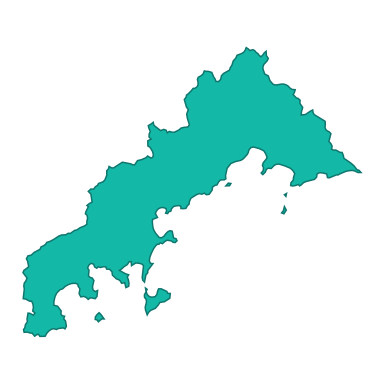 outline of Ubatuba, São Paulo, Brazil
{"feature_id": "56859067B10562260302703", "entity_name": "Ubatuba", "entity_type": "district", "adm_level": 2, "iso_a3": "BRA", "parent_name": "Brazil", "parent_adm1": "São Paulo", "projection": "natural_earth1", "projection_center": [-45.033, -23.396], "detail": "fine", "context": "isolated", "style": "filled", "palette": "teal", "viewbox_px": 384, "rotation_deg": 0, "n_neighbors": 0, "source": "geoboundaries", "source_scale": "gbopen_adm2", "svg_char_len": 5936}
<svg xmlns="http://www.w3.org/2000/svg" viewBox="0 0 384 384"><path d="M266.1,51.3L264.3,52.8L262.8,55.0L260.9,56.8L259.1,55.3L257.9,53.6L256.1,52.4L254.7,50.6L252.9,49.7L249.8,50.5L248.2,48.9L246.2,47.6L245.2,50.2L243.7,52.3L241.3,53.7L237.1,55.2L235.7,58.3L233.3,60.8L231.9,65.2L230.3,67.7L229.5,70.1L223.5,73.5L221.4,75.8L220.7,79.4L218.5,81.6L215.9,81.4L215.1,79.0L213.8,77.2L211.8,72.4L208.0,71.3L206.2,71.4L204.3,70.9L203.2,73.8L201.3,75.6L198.2,77.3L197.4,79.5L198.0,81.8L198.0,84.9L196.9,87.0L194.9,88.3L193.1,88.4L191.5,90.5L188.2,93.9L186.5,95.1L186.1,97.2L184.3,99.5L186.5,107.2L188.3,109.6L186.7,114.1L187.4,118.4L189.4,124.8L187.8,127.0L183.6,127.4L180.8,128.2L179.2,129.8L174.5,132.2L172.2,132.2L169.3,131.4L167.3,132.8L166.1,130.2L163.8,129.4L160.6,130.6L153.9,125.3L153.2,122.3L151.1,124.0L148.3,125.6L148.7,127.7L150.3,131.5L149.2,133.8L149.0,136.9L151.1,139.1L147.8,140.8L147.9,146.0L150.0,147.3L152.3,151.1L153.3,154.1L152.9,157.1L151.1,158.1L147.6,156.0L146.0,157.7L141.4,159.7L137.5,160.6L134.6,164.9L132.7,164.8L130.7,163.8L122.4,162.2L113.4,168.0L111.5,167.8L109.1,166.4L108.4,169.0L106.7,170.8L106.8,175.2L104.9,179.9L103.1,181.8L98.5,183.5L97.6,185.3L95.3,186.8L93.6,189.2L90.9,189.0L88.3,191.4L90.9,194.1L92.1,202.2L89.6,203.4L86.9,205.5L88.4,206.6L85.9,211.7L85.4,213.8L87.1,215.3L87.6,218.3L86.9,221.0L86.8,224.4L84.4,226.0L80.1,227.7L76.7,230.0L74.6,230.4L70.4,233.4L68.2,233.3L65.7,234.8L61.5,235.0L58.7,236.1L53.8,239.4L49.5,241.6L46.9,242.3L45.5,244.4L43.5,245.8L41.1,246.8L40.0,249.3L34.3,252.3L31.3,255.1L27.9,255.9L26.4,258.8L27.6,261.2L28.7,266.8L23.9,270.4L23.0,272.7L27.0,277.9L26.1,280.5L24.2,283.3L23.8,286.0L24.3,289.1L23.2,298.7L25.8,299.1L29.6,301.2L31.6,301.1L32.9,304.0L33.4,307.3L32.7,311.1L35.0,312.9L33.4,315.2L29.8,313.3L28.0,313.1L27.0,319.2L27.4,321.8L25.5,324.4L24.8,327.8L23.5,329.6L24.1,332.3L27.4,332.1L29.6,332.9L32.2,333.2L34.7,336.2L36.5,334.8L38.4,334.2L39.9,336.4L45.1,336.3L46.9,333.1L49.3,330.6L51.7,329.1L54.0,328.7L56.4,329.5L58.4,328.5L63.3,327.9L65.0,328.9L66.4,326.3L65.5,320.9L63.7,318.9L64.6,316.2L62.2,315.8L60.9,313.8L61.2,311.0L57.6,306.2L53.9,305.3L53.9,301.5L55.0,296.7L56.6,293.2L60.0,289.7L62.7,288.8L65.2,286.4L68.2,284.7L70.8,283.7L73.7,283.3L75.6,283.3L77.8,284.3L78.2,286.3L79.9,288.8L79.1,293.6L80.8,296.9L83.8,296.4L86.3,297.5L88.2,299.4L90.5,297.7L95.2,298.7L97.0,296.4L97.6,290.5L95.3,291.6L93.0,289.9L92.5,286.8L93.9,280.5L92.2,278.0L90.0,277.4L88.5,275.9L89.0,270.2L87.6,268.0L88.8,265.1L91.1,263.3L93.6,264.2L94.7,267.0L96.8,268.2L98.2,266.8L100.5,267.5L103.0,266.8L105.8,266.8L106.6,269.1L109.6,269.3L112.0,271.8L112.4,275.1L116.3,278.8L118.7,279.7L120.2,280.9L121.6,283.3L124.7,282.7L125.9,287.6L128.7,286.3L129.0,283.3L128.4,279.9L127.3,277.0L128.7,274.8L125.6,273.8L119.4,270.4L121.7,268.9L124.0,266.7L127.3,264.6L129.2,261.7L131.2,261.7L131.5,265.7L135.9,262.9L140.2,263.5L142.1,264.2L143.5,265.7L142.2,277.6L142.8,280.3L144.5,282.1L145.9,275.0L147.7,272.8L147.8,270.4L153.0,263.6L150.4,263.4L149.3,260.7L149.9,257.1L151.3,253.4L153.6,248.7L155.5,246.0L157.2,244.3L159.0,244.2L160.3,242.8L162.4,243.7L164.9,241.5L167.1,240.2L171.4,240.9L172.9,242.2L175.0,242.6L177.0,240.8L176.1,238.7L173.6,238.0L172.2,231.2L170.0,230.7L168.1,231.5L165.9,233.6L164.0,236.2L161.6,237.8L159.2,237.5L155.6,233.2L153.9,230.3L152.9,227.2L152.3,221.8L152.6,219.4L157.5,217.5L155.4,213.5L156.2,211.4L158.0,209.1L160.1,207.9L162.2,207.5L164.3,207.8L166.1,208.7L166.6,210.9L165.6,213.2L167.6,213.6L168.9,211.7L170.8,211.2L171.6,208.7L173.6,206.5L176.4,205.8L179.1,205.6L180.9,206.4L180.9,208.5L182.8,208.7L185.9,208.4L187.4,205.7L189.0,204.3L189.4,201.7L190.9,198.2L196.3,194.8L199.2,193.6L201.9,194.2L204.3,193.1L206.3,194.7L209.2,194.3L212.2,190.0L212.5,187.1L214.7,185.5L217.0,184.9L218.7,181.8L220.2,180.2L222.0,179.8L224.2,179.9L225.9,178.8L225.5,175.7L227.1,168.3L230.9,163.5L235.1,161.7L240.9,160.3L243.4,158.7L247.3,154.4L248.2,152.6L249.0,149.8L250.9,147.6L253.5,147.0L259.0,148.5L261.8,149.8L263.9,150.9L265.5,153.5L266.6,155.9L267.0,158.1L263.3,162.7L262.4,165.4L263.5,167.6L263.2,170.6L261.2,173.0L262.8,174.6L265.3,172.2L266.4,169.3L268.3,168.2L271.2,168.5L274.3,165.3L276.6,164.2L279.1,164.1L284.9,165.9L290.1,168.1L291.8,169.5L293.2,171.0L294.7,173.7L293.5,177.4L293.2,180.2L291.0,182.7L290.7,185.6L292.7,186.0L295.6,185.5L298.2,184.5L299.6,185.9L301.2,184.9L303.6,182.6L306.2,181.5L314.5,179.4L316.6,177.2L317.0,174.1L319.4,172.7L322.3,172.9L326.7,173.9L327.5,177.6L329.4,177.8L336.4,174.9L338.2,174.9L339.8,173.9L346.3,171.2L349.3,170.7L352.2,170.4L354.8,171.0L357.9,172.5L361.0,172.5L359.1,170.4L356.7,169.4L354.0,165.8L350.9,163.1L343.9,158.3L343.3,155.3L342.1,152.4L340.1,152.4L335.8,150.0L333.6,150.2L331.6,149.2L332.1,146.1L330.8,143.5L328.9,141.5L330.9,133.6L329.1,131.8L327.4,131.0L325.9,129.7L325.0,127.5L325.3,124.5L325.1,121.3L314.2,114.6L313.1,112.7L312.7,110.0L310.0,111.4L305.5,114.5L301.2,115.0L301.5,111.7L302.7,107.4L299.9,103.4L300.1,100.2L298.2,98.5L296.3,97.9L293.2,94.7L294.6,91.9L295.2,89.7L291.9,89.4L289.7,87.8L288.1,86.0L286.0,84.8L283.8,84.1L281.3,84.1L276.8,84.9L274.7,84.9L272.9,84.1L269.9,80.6L268.3,75.9L264.7,74.0L263.2,69.7L262.8,67.3L263.8,64.5L267.2,60.8L268.3,58.4L266.4,55.7L266.1,51.3ZM146.1,291.7L144.4,294.8L144.5,297.3L146.1,299.4L146.5,301.9L145.2,307.2L145.5,309.9L147.2,314.9L148.6,312.3L150.6,310.4L155.4,308.3L158.3,304.9L159.9,302.4L164.5,301.7L169.8,298.3L170.3,293.5L167.8,293.3L166.8,291.4L161.2,288.8L158.6,288.8L157.5,291.5L156.9,294.4L155.1,296.7L151.6,297.2L149.1,296.4L147.4,294.7L146.1,291.7ZM98.3,321.8L101.9,318.9L104.1,318.9L101.0,314.6L99.1,312.7L97.2,314.4L95.4,316.9L95.2,319.4L97.3,320.1L98.3,321.8ZM283.9,213.8L286.3,210.1L284.4,206.6L283.4,210.6L281.6,212.9L283.9,213.8ZM225.9,185.9L229.6,185.7L230.9,183.5L228.3,183.1L225.9,185.9ZM286.5,193.5L284.4,194.7L285.9,196.4L286.5,193.5ZM146.1,291.7L147.1,289.3L145.5,288.1L146.1,291.7Z" fill="#14b8a6" stroke="#0f766e" stroke-width="1.5"/></svg>